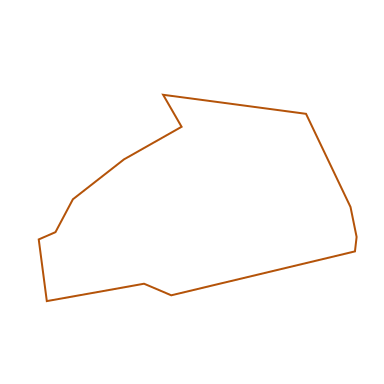 Nagero, Western Equatoria, South Sudan (Natural Earth projection), rotated 173°
{"feature_id": "79223893B92049236674471", "entity_name": "Nagero", "entity_type": "district", "adm_level": 2, "iso_a3": "SSD", "parent_name": "South Sudan", "parent_adm1": "Western Equatoria", "projection": "natural_earth1", "projection_center": [27.894, 6.408], "detail": "fine", "context": "isolated", "style": "outline", "palette": "amber", "viewbox_px": 384, "rotation_deg": 173, "n_neighbors": 0, "source": "geoboundaries", "source_scale": "gbopen_adm2", "svg_char_len": 341}
<svg xmlns="http://www.w3.org/2000/svg" viewBox="0 0 384 384"><g transform="rotate(173 192 192)"><path d="M349.4,101.4L250.8,106.8L247.3,104.8L225.2,92.0L37.5,113.2L34.1,127.3L36.5,157.8L69.3,255.7L208.8,292.0L194.4,258.0L255.5,232.7L311.1,199.3L332.4,168.8L349.9,163.6L349.4,101.4Z" fill="none" stroke="#b45309" stroke-width="2"/></g></svg>